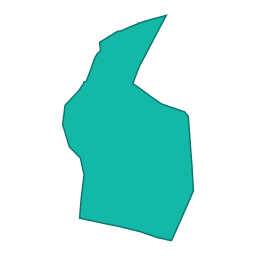 outline of Lierne nor, Nord-Trøndelag, Norway
{"feature_id": "86288312B74220528840082", "entity_name": "Lierne nor", "entity_type": "district", "adm_level": 2, "iso_a3": "NOR", "parent_name": "Norway", "parent_adm1": "Nord-Trøndelag", "projection": "mercator", "projection_center": [13.62, 64.418], "detail": "fine", "context": "isolated", "style": "filled", "palette": "teal", "viewbox_px": 256, "rotation_deg": 0, "n_neighbors": 0, "source": "geoboundaries", "source_scale": "gbopen_adm2", "svg_char_len": 1836}
<svg xmlns="http://www.w3.org/2000/svg" viewBox="0 0 256 256"><path d="M79.6,218.2L90.1,220.4L99.8,222.5L108.3,224.3L118.9,226.4L126.4,228.3L129.5,229.0L133.8,230.1L140.3,231.7L151.0,235.4L151.8,235.7L158.5,237.9L163.1,238.7L167.7,239.9L171.4,240.6L173.4,236.4L176.0,230.6L177.7,226.7L181.0,219.4L183.0,214.7L186.0,208.0L188.0,203.3L189.0,201.0L189.6,199.7L193.4,190.8L193.3,188.5L193.2,186.9L192.7,178.9L192.5,175.3L192.4,173.2L192.0,166.0L191.3,157.5L190.1,141.5L189.6,134.3L188.8,124.1L188.3,116.5L186.4,114.0L184.8,112.0L181.2,110.7L168.0,106.2L161.5,103.9L159.1,102.3L150.9,96.6L144.9,92.1L144.6,91.9L138.5,87.5L137.5,86.8L132.9,83.6L133.0,83.5L132.9,83.4L133.1,83.2L133.4,82.1L134.0,80.4L135.1,77.4L135.7,75.8L136.2,74.6L136.4,74.0L138.8,67.5L139.1,66.8L139.2,66.6L145.4,55.0L149.8,46.6L151.9,42.6L152.4,41.7L152.6,41.3L154.0,38.6L155.8,35.2L156.4,34.0L156.5,33.9L159.3,28.5L163.3,21.0L163.8,20.0L164.5,18.7L166.3,15.4L152.1,19.2L145.2,21.1L143.2,21.7L141.6,22.3L140.5,22.7L139.3,23.2L139.2,23.2L138.9,23.0L138.7,23.0L138.6,23.3L138.4,23.3L138.2,23.4L138.2,23.5L137.9,23.6L137.7,23.7L137.7,23.8L137.6,24.0L137.4,24.1L136.5,24.4L135.7,24.7L134.6,25.1L134.2,25.2L134.0,25.3L133.5,25.5L132.2,26.0L131.4,26.3L120.8,31.0L120.7,31.0L120.7,30.9L120.4,30.9L120.3,31.0L120.2,31.0L119.9,31.1L118.6,31.2L117.7,31.3L117.5,31.5L117.4,31.5L117.2,31.6L116.3,32.1L115.4,32.6L113.7,33.7L111.2,35.3L108.2,37.0L102.5,40.6L99.5,42.4L99.9,45.2L100.5,50.6L98.0,53.2L96.6,54.6L96.3,55.3L95.9,56.1L94.3,59.1L91.2,68.2L90.6,69.9L88.5,75.5L88.2,76.2L86.4,81.2L83.7,82.3L83.3,84.2L82.6,85.1L80.8,87.5L79.6,89.8L75.7,94.0L65.2,105.1L64.7,108.2L64.7,108.3L64.7,108.7L64.6,108.9L64.6,109.3L64.5,109.6L64.5,110.1L64.3,111.5L63.6,116.5L62.6,124.4L69.4,146.9L80.4,158.1L84.1,174.7L81.2,198.3L79.6,218.2Z" fill="#14b8a6" stroke="#0f766e" stroke-width="1.5"/></svg>